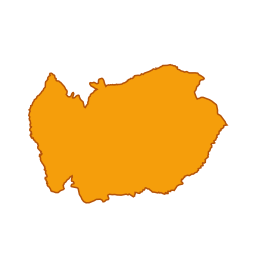 the district of Kazumba, Kasaï-Occidental, Democratic Republic of the Congo, rotated 74°
{"feature_id": "63176286B97272919542005", "entity_name": "Kazumba", "entity_type": "district", "adm_level": 2, "iso_a3": "COD", "parent_name": "Democratic Republic of the Congo", "parent_adm1": "Kasaï-Occidental", "projection": "albers", "projection_center": [21.968, -6.401], "detail": "fine", "context": "isolated", "style": "filled", "palette": "amber", "viewbox_px": 256, "rotation_deg": 74, "n_neighbors": 0, "source": "geoboundaries", "source_scale": "gbopen_adm2", "svg_char_len": 5808}
<svg xmlns="http://www.w3.org/2000/svg" viewBox="0 0 256 256"><g transform="rotate(74 128 128)"><path d="M129.8,36.8L125.3,40.0L123.2,42.0L119.2,47.4L118.7,49.4L119.2,51.3L119.0,52.7L119.2,53.5L117.0,54.0L112.7,54.3L111.5,54.1L110.2,52.3L107.1,50.4L106.7,49.0L106.2,48.7L105.6,47.3L103.5,46.6L102.5,45.8L101.9,44.2L102.3,42.6L101.8,42.2L101.7,41.2L100.7,41.3L99.9,41.8L97.4,43.9L96.7,44.9L94.5,45.9L93.5,48.3L92.0,53.7L91.4,54.6L90.0,55.9L89.8,58.4L89.0,59.1L87.7,61.3L86.3,62.4L85.1,64.1L84.1,64.3L83.5,63.8L83.0,63.8L82.7,64.8L81.3,65.6L80.7,67.2L79.8,68.1L79.3,69.4L78.8,69.8L78.6,73.0L77.5,77.5L78.2,78.8L78.1,79.6L78.9,82.2L78.7,83.0L79.0,83.7L78.3,84.5L79.1,84.7L79.3,85.1L78.2,87.4L78.8,88.6L79.5,92.0L79.8,97.2L80.7,98.6L79.7,99.9L79.8,100.4L80.4,100.9L80.7,102.3L80.1,103.8L79.6,106.9L79.7,107.5L80.6,108.2L80.5,108.9L81.4,109.4L81.6,110.0L81.1,112.0L81.7,112.7L81.6,114.2L82.4,115.1L82.2,115.5L82.9,116.0L83.1,117.1L83.4,117.5L83.7,119.6L83.5,120.1L84.1,121.9L83.8,124.2L83.2,126.3L83.4,126.6L82.8,127.1L83.0,128.7L82.6,129.2L82.7,129.8L82.0,130.8L82.2,131.4L81.6,132.9L81.7,133.9L81.2,134.7L81.3,135.5L81.1,136.3L81.9,137.8L78.9,138.3L75.9,138.2L74.8,138.4L73.4,138.9L73.0,139.7L73.1,142.2L73.8,143.1L76.7,144.1L76.9,145.3L76.7,146.1L75.1,147.6L74.7,148.3L74.8,149.7L74.6,150.6L74.1,151.4L74.2,152.2L75.1,152.6L77.3,152.0L79.2,150.1L81.0,148.6L81.6,148.0L81.7,147.5L82.3,147.0L82.7,148.5L82.6,149.1L83.1,149.5L83.0,150.1L83.9,150.9L84.5,151.8L85.0,153.9L85.9,155.1L87.0,155.6L87.4,156.7L88.4,157.6L91.1,158.6L92.1,159.5L93.7,159.9L95.0,162.0L95.5,162.2L95.9,162.9L96.6,163.3L96.3,163.8L95.4,164.3L90.5,164.0L87.5,165.8L84.9,166.2L83.5,166.1L82.9,166.4L82.7,167.7L83.1,169.1L84.0,170.5L84.2,171.4L83.9,172.7L83.6,173.0L80.2,170.7L78.9,170.8L78.8,171.4L79.6,172.5L81.1,173.6L81.8,174.4L82.0,175.5L81.6,176.5L81.1,177.1L78.7,178.1L77.7,177.1L75.9,176.4L74.6,176.6L73.9,177.3L73.0,177.3L70.6,177.8L65.6,180.2L64.9,181.0L63.8,181.6L63.1,183.3L62.7,183.8L62.0,183.9L60.6,183.5L59.8,184.4L57.4,184.1L56.9,184.3L56.1,185.4L55.3,185.6L54.3,186.5L54.0,187.8L54.6,188.5L56.1,188.3L56.5,190.0L57.7,191.3L58.1,191.5L59.0,191.5L59.1,192.0L59.9,192.6L60.8,194.3L61.6,194.8L65.9,196.3L67.0,198.1L68.6,199.4L69.2,200.8L70.3,201.8L70.5,202.4L72.0,204.4L72.1,205.5L72.6,206.5L73.2,207.3L73.6,207.3L74.0,207.6L74.5,208.4L75.0,210.2L76.3,211.1L77.2,212.3L79.9,214.3L79.8,215.3L81.0,215.6L81.5,216.2L82.6,216.7L83.3,218.1L84.2,217.5L84.9,217.4L85.5,218.1L88.6,219.9L90.2,219.4L91.1,219.8L92.0,220.5L92.6,220.3L93.4,220.5L93.9,220.1L96.7,220.3L97.4,220.7L97.4,221.2L99.5,221.4L100.1,220.5L100.7,220.8L101.0,221.7L102.4,222.8L103.0,223.0L103.7,222.8L104.9,222.0L105.5,222.4L106.3,222.1L106.9,223.1L107.4,222.6L107.9,223.9L108.3,224.0L108.8,223.5L109.7,223.8L110.0,223.1L110.6,223.0L111.1,223.3L111.4,223.0L111.5,221.9L113.4,222.0L114.1,221.1L115.8,220.9L116.6,220.0L118.2,219.0L119.2,219.3L119.9,219.0L120.5,219.1L121.3,220.0L122.8,220.2L125.8,218.7L126.6,218.0L127.0,218.5L127.4,218.5L128.8,217.8L129.5,218.2L128.9,219.8L129.2,220.3L129.8,220.3L130.0,219.7L130.4,219.5L130.5,219.7L130.2,220.4L130.3,220.8L130.7,221.0L131.7,220.4L133.0,220.4L133.9,220.8L135.8,220.8L137.1,220.3L138.1,220.2L140.1,219.3L140.8,219.4L142.1,218.7L142.7,219.0L144.0,218.8L144.6,219.8L145.1,219.9L145.4,219.8L145.7,219.0L146.6,218.7L147.2,219.3L149.2,219.7L150.0,219.2L150.4,219.4L150.8,219.1L152.1,219.1L152.5,219.2L152.8,220.7L152.7,221.1L154.0,221.7L154.5,221.0L156.1,221.2L157.1,220.6L157.8,220.7L158.5,221.4L158.8,221.4L159.2,220.6L160.4,221.4L162.1,220.9L162.5,220.3L165.0,219.4L167.3,219.3L167.7,218.6L168.1,218.5L168.5,217.5L170.2,215.2L170.8,212.9L169.6,210.2L169.3,206.9L168.7,206.1L167.0,206.4L166.2,206.1L165.2,206.1L164.3,205.0L163.4,204.6L162.7,202.7L161.5,201.3L160.9,200.4L160.6,199.0L158.9,196.8L159.0,196.3L158.6,194.9L159.9,195.1L160.6,195.9L162.8,196.8L163.6,196.8L164.6,195.3L166.0,195.1L166.6,195.4L166.7,197.7L168.1,198.7L168.7,198.6L171.3,193.6L171.9,192.9L172.5,192.6L178.5,193.0L181.7,192.1L183.7,191.9L186.4,190.9L188.3,189.0L189.1,185.9L188.5,180.5L187.9,178.2L188.8,174.3L190.0,172.9L192.1,172.3L192.2,170.8L191.2,168.9L191.3,166.5L190.2,165.8L187.5,166.2L186.9,165.7L186.6,164.0L187.7,161.6L188.2,159.2L188.7,158.1L189.3,157.1L190.7,152.9L191.1,148.0L192.3,146.4L191.8,145.1L195.6,141.8L195.1,140.3L194.3,140.2L193.7,139.8L193.4,139.3L191.9,138.9L192.4,137.6L193.4,136.3L194.0,134.8L193.7,134.2L193.0,133.9L193.2,133.3L193.1,131.8L191.5,130.4L192.1,129.6L191.9,129.2L190.3,127.8L190.6,127.1L192.1,125.7L192.2,124.9L192.6,124.4L194.1,123.7L194.7,123.0L196.3,122.2L196.9,120.4L198.5,117.5L198.6,116.9L198.3,116.1L199.0,115.8L199.3,114.8L199.2,114.2L201.0,112.1L201.7,110.9L200.5,109.8L201.3,108.4L201.6,109.0L202.0,107.6L201.6,107.3L201.2,107.6L199.9,107.0L200.7,104.6L199.9,104.2L199.8,103.9L200.2,101.8L200.8,100.8L197.3,96.8L196.7,94.6L196.9,91.2L196.6,90.6L195.6,90.6L194.3,91.6L193.8,91.2L192.8,91.1L192.1,90.5L192.5,89.9L190.8,87.5L190.8,87.1L190.1,87.0L189.8,84.0L190.7,82.0L189.9,79.4L190.3,78.1L190.1,77.2L189.5,76.0L189.4,74.1L189.1,73.4L188.2,72.8L188.1,72.1L187.7,71.7L186.6,71.8L186.5,71.6L186.3,68.8L185.1,68.7L184.7,68.3L184.8,66.3L184.6,66.1L182.4,66.1L182.1,65.7L182.7,64.6L182.4,63.2L181.6,63.1L181.0,62.6L179.6,62.6L177.9,58.9L176.4,58.8L175.6,57.9L174.7,57.9L172.9,57.1L172.4,55.6L170.6,54.5L169.8,53.6L169.5,52.8L167.8,52.3L166.7,52.7L166.1,52.1L165.9,51.2L166.3,50.0L166.3,48.8L165.9,48.7L165.1,49.1L163.9,48.8L163.7,47.1L161.5,45.5L161.5,45.0L160.4,44.9L160.1,44.6L159.4,44.5L158.8,42.2L156.3,41.3L156.2,40.6L155.7,40.0L156.1,39.8L156.0,39.5L155.6,39.1L154.5,38.7L154.5,37.3L153.4,35.6L152.2,35.4L152.0,34.8L152.4,32.0L150.6,32.8L148.8,32.9L142.1,35.4L141.1,36.1L139.6,37.6L138.9,37.9L137.6,37.7L135.5,37.0L130.6,36.6L129.8,36.8Z" fill="#f59e0b" stroke="#b45309" stroke-width="1.5"/></g></svg>